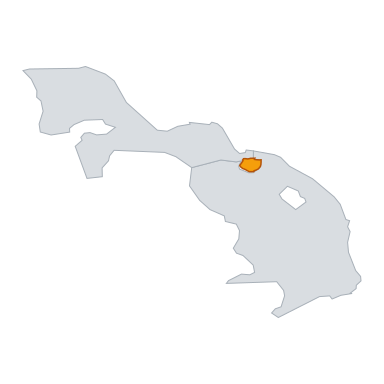 eSwatini and the surrounding countries, rotated 270°
{"feature_id": "SWZ", "entity_name": "eSwatini", "entity_type": "country or territory", "adm_level": 0, "iso_a3": "SWZ", "parent_name": "Africa", "parent_adm1": "", "projection": "equal_earth", "projection_center": [31.569, -26.526], "detail": "fine", "context": "with_neighbors", "style": "filled", "palette": "amber", "viewbox_px": 384, "rotation_deg": 270, "n_neighbors": 2, "source": "natural_earth", "source_scale": "50m", "svg_char_len": 2213}
<svg xmlns="http://www.w3.org/2000/svg" viewBox="0 0 384 384"><g transform="rotate(270 192 192)"><path d="M66.5,278.3L71.0,271.6L75.2,275.3L77.2,281.1L88.2,284.6L93.6,283.6L102.3,276.7L100.6,226.4L103.4,228.5L109.9,241.5L109.2,249.8L111.6,254.6L118.9,253.2L128.5,243.0L130.8,236.5L135.8,233.3L145.1,238.8L153.4,239.5L159.9,236.3L162.5,225.4L168.1,224.3L174.4,210.0L183.6,199.7L198.1,189.5L216.4,191.7L224.0,220.9L222.1,236.2L223.0,241.2L217.8,238.6L214.9,239.6L211.2,248.7L211.3,253.4L217.4,260.8L223.3,259.3L225.4,253.3L233.1,253.4L229.3,274.5L226.7,280.6L217.8,289.4L205.2,312.6L187.1,334.2L179.7,340.2L164.5,345.9L163.3,349.6L157.2,347.6L152.4,350.1L141.7,347.6L131.7,348.5L113.4,355.7L107.6,360.6L103.1,361.0L98.8,356.3L95.4,356.1L90.9,350.3L90.5,352.1L88.7,340.9L85.0,332.1L88.1,329.7L87.4,319.5L66.5,278.3ZM197.7,287.4L189.7,279.2L185.0,282.0L174.4,295.7L182.0,306.0L185.6,304.7L187.4,300.4L193.0,298.3L197.7,287.4Z" fill="#d9dde1" stroke="#a8b0b8" stroke-width="1"/><path d="M252.0,40.3L260.0,39.1L272.8,43.1L283.0,41.0L286.8,36.7L293.2,36.9L304.8,31.3L313.4,23.0L315.0,29.5L315.7,78.5L317.5,85.5L309.9,105.4L303.1,114.2L281.5,126.4L253.8,157.3L252.8,167.3L257.7,177.8L259.8,190.1L261.6,189.4L259.4,209.5L261.8,211.8L260.2,217.5L255.9,222.4L235.0,234.5L230.5,239.6L231.4,245.3L234.0,246.2L233.1,253.4L225.4,253.3L222.1,236.2L224.0,220.9L216.4,191.7L227.3,175.9L231.6,164.6L233.7,114.1L228.2,109.6L223.2,108.5L216.1,102.1L207.3,102.3L205.6,87.0L237.7,75.2L243.7,82.1L246.6,80.8L250.8,84.4L251.4,90.0L249.1,96.6L249.9,106.6L256.7,115.4L259.9,105.5L264.5,102.6L263.8,84.3L259.4,74.0L255.6,69.5L251.9,69.7L249.0,51.1L252.0,40.3Z" fill="#d9dde1" stroke="#a8b0b8" stroke-width="1"/><path d="M224.1,242.7L224.3,242.9L225.3,243.5L225.4,244.8L225.3,246.2L225.1,247.1L225.1,248.0L225.4,249.4L225.7,250.4L225.8,254.7L225.5,254.5L224.9,254.3L224.6,254.4L224.3,256.4L224.1,259.3L224.2,261.1L222.0,261.1L219.2,260.9L217.3,260.2L215.1,258.4L213.8,255.8L213.3,254.1L212.5,254.0L212.4,253.7L212.3,251.7L212.3,249.5L212.5,248.9L213.9,246.3L214.8,244.6L215.3,243.0L216.6,241.2L217.9,240.0L218.4,239.8L218.7,239.8L221.0,241.5L223.3,243.0L223.9,242.9L224.1,242.7Z" fill="#f59e0b" stroke="#b45309" stroke-width="1.5"/></g></svg>